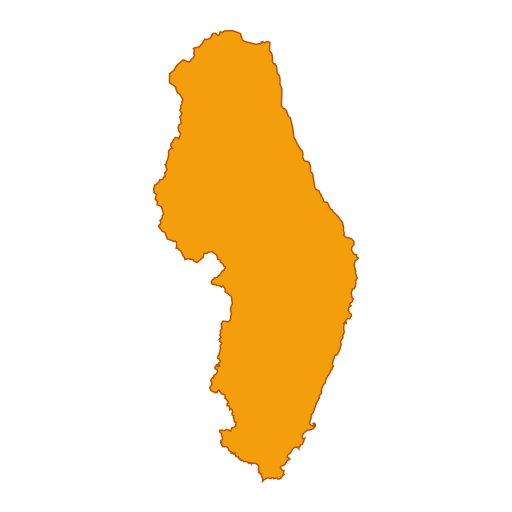 the district of Antalaha, Sava, Madagascar
{"feature_id": "10022922B15279482214677", "entity_name": "Antalaha", "entity_type": "district", "adm_level": 2, "iso_a3": "MDG", "parent_name": "Madagascar", "parent_adm1": "Sava", "projection": "orthographic", "projection_center": [50.057, -15.259], "detail": "fine", "context": "isolated", "style": "filled", "palette": "amber", "viewbox_px": 512, "rotation_deg": 0, "n_neighbors": 0, "source": "geoboundaries", "source_scale": "gbopen_adm2", "svg_char_len": 6069}
<svg xmlns="http://www.w3.org/2000/svg" viewBox="0 0 512 512"><path d="M219.4,430.8L219.9,432.1L221.5,433.6L221.4,435.3L222.2,436.5L222.5,439.4L220.9,440.6L221.5,442.4L220.8,442.0L220.6,442.7L222.9,446.7L226.4,446.6L227.9,447.9L229.0,450.6L231.0,451.9L231.0,452.9L231.7,453.3L232.3,452.9L232.4,453.5L233.6,454.0L234.2,452.9L234.9,453.0L236.1,456.7L238.3,456.6L238.9,458.7L239.5,459.3L240.4,459.1L240.7,460.2L241.7,460.6L242.8,460.2L244.0,461.7L246.5,461.5L247.6,462.1L248.6,463.4L249.7,462.5L250.4,463.4L251.0,463.0L251.5,464.0L251.8,463.3L253.7,463.2L255.9,463.6L258.1,464.8L258.6,466.5L258.4,469.6L259.0,471.1L258.6,472.6L260.9,473.4L260.6,474.4L261.7,475.4L261.9,477.3L262.9,478.5L262.6,481.3L264.2,479.7L267.8,477.8L271.1,478.7L271.8,477.7L273.1,477.9L273.8,478.7L276.0,477.9L277.2,478.2L278.0,479.1L280.6,478.6L283.0,475.1L284.2,474.6L283.5,473.3L284.0,470.5L282.2,470.4L280.3,467.7L281.3,466.1L284.8,464.8L287.2,460.6L289.8,459.3L289.1,458.0L287.3,457.0L287.5,455.2L290.6,452.6L293.0,448.7L295.2,447.1L297.3,447.3L298.8,448.9L298.7,447.3L299.8,446.8L300.6,445.2L302.5,444.1L304.8,438.1L303.2,438.8L302.2,437.7L302.2,436.0L303.4,433.4L307.4,430.0L309.3,430.1L313.6,428.5L315.3,426.1L315.5,424.9L314.6,423.3L313.1,423.4L314.4,425.6L313.9,426.4L310.5,424.9L309.9,424.1L309.6,422.9L311.0,418.4L311.1,415.1L313.4,412.2L316.6,402.7L319.0,398.6L319.6,395.2L321.4,393.4L321.4,389.2L322.9,385.8L323.8,384.1L325.0,383.3L326.4,378.2L330.2,372.4L330.7,370.6L332.2,369.1L332.0,367.6L333.5,366.4L332.4,364.0L333.2,360.1L334.6,357.3L334.4,356.3L335.1,355.0L336.4,355.2L337.7,353.9L339.9,349.1L341.2,344.2L340.4,341.3L342.9,337.5L342.9,335.4L344.4,331.7L343.7,329.7L343.9,325.1L344.4,323.8L343.8,323.4L344.5,323.1L344.7,322.2L346.3,323.3L345.9,320.9L346.4,319.6L347.5,318.7L349.6,318.6L351.5,316.1L351.3,314.3L349.8,313.0L348.2,310.2L348.9,309.2L348.4,308.8L349.0,307.3L351.1,305.9L349.8,304.7L349.9,303.6L352.2,301.6L353.3,299.0L352.0,297.3L351.2,292.9L351.6,291.2L352.3,290.6L352.1,289.1L353.9,288.8L355.3,286.9L355.8,282.8L355.5,282.0L356.1,280.0L357.3,278.3L355.4,272.9L355.7,271.4L354.1,265.0L355.1,261.1L358.4,258.1L357.2,257.4L356.4,256.0L356.7,254.5L354.7,254.5L353.8,254.0L351.4,250.1L352.0,246.9L354.1,244.4L353.8,241.4L351.3,238.6L345.7,237.1L344.0,235.5L344.2,232.9L343.3,230.1L343.7,228.4L342.7,222.9L337.7,216.2L333.0,211.5L332.5,210.3L330.3,208.6L327.9,203.4L326.6,202.3L324.8,202.1L323.6,201.2L323.1,198.7L321.1,195.8L321.1,194.5L320.2,193.8L318.9,190.8L316.2,189.5L314.7,187.3L312.9,175.1L312.2,173.1L310.6,171.9L310.5,166.7L309.3,162.8L307.4,161.3L305.4,161.4L304.1,160.3L302.7,157.4L302.9,153.5L302.4,151.2L298.9,146.7L295.9,141.2L295.5,139.6L294.0,137.9L292.6,127.1L290.3,118.0L288.4,116.3L286.3,110.3L284.8,108.9L283.3,108.5L281.4,105.5L281.9,89.2L280.0,84.1L280.0,79.1L279.3,75.6L277.1,73.3L276.7,66.6L274.8,63.7L273.6,63.7L272.5,62.1L272.4,56.4L271.4,52.7L269.8,51.3L269.6,50.3L269.8,42.2L266.8,41.5L264.6,42.9L263.0,41.7L261.0,42.3L261.5,43.3L260.4,44.2L259.5,43.7L256.0,44.3L244.7,41.5L242.9,40.4L241.8,38.4L240.5,33.5L232.6,30.7L224.7,30.9L222.1,32.5L220.1,31.7L219.1,35.2L217.2,35.2L215.8,33.4L213.7,33.3L212.1,34.2L211.4,36.6L210.3,38.0L207.2,39.4L204.8,39.2L202.4,43.4L199.8,46.2L197.7,47.4L194.9,47.7L193.4,48.6L194.4,50.4L193.7,53.3L194.5,55.7L193.2,58.0L191.5,59.1L189.6,61.7L189.2,62.0L187.3,61.6L183.2,59.8L176.8,65.3L174.0,70.3L169.6,73.9L169.4,81.5L169.8,82.9L175.3,86.7L176.8,91.4L177.8,92.9L179.6,94.1L182.9,99.5L181.8,102.2L182.2,103.2L180.8,105.9L180.8,108.3L179.9,110.3L181.8,113.1L181.2,115.4L179.8,116.7L181.1,122.6L180.6,124.1L179.2,124.7L178.0,127.5L178.9,131.1L180.5,133.3L180.1,135.7L178.7,138.8L178.4,138.2L176.5,137.5L175.2,137.7L172.8,140.9L172.7,142.1L171.3,143.0L170.5,145.0L172.3,148.2L170.0,149.1L168.9,150.4L168.4,151.9L168.7,154.6L167.8,159.0L166.3,162.5L166.5,163.8L164.9,164.6L166.2,166.1L165.9,167.3L167.1,169.0L165.9,171.8L164.6,172.7L165.2,176.5L163.7,177.2L163.0,178.9L161.5,179.6L159.8,179.6L159.2,181.5L156.3,184.4L154.8,184.9L153.6,189.3L154.2,192.7L156.5,194.4L155.2,199.0L157.5,201.7L157.0,204.7L161.3,206.5L163.4,213.3L163.3,214.5L162.2,215.8L162.2,218.3L160.0,220.3L160.7,222.2L160.2,224.6L159.1,224.9L158.7,226.3L162.0,231.1L163.9,231.8L165.2,233.0L167.5,239.2L169.0,239.3L170.2,240.2L171.2,240.1L173.4,241.4L175.3,241.0L176.4,242.1L176.7,245.5L176.1,248.2L177.9,248.4L178.7,249.6L181.1,251.2L183.2,256.1L184.5,257.6L184.8,259.5L187.8,258.8L193.0,259.6L193.5,260.8L197.1,262.6L203.3,257.0L204.0,253.3L207.1,253.3L209.3,251.9L212.1,251.7L216.7,255.0L217.9,259.3L220.0,259.8L220.5,262.3L222.3,263.2L224.0,266.4L225.1,266.7L225.5,267.9L224.3,268.9L223.8,270.5L222.3,271.0L219.7,275.1L218.2,275.9L217.4,277.2L214.4,277.7L214.0,278.9L212.1,280.1L211.4,281.8L211.6,283.7L214.2,284.8L215.3,284.3L216.6,285.5L219.3,285.6L221.5,286.9L222.9,286.2L223.6,286.5L225.3,289.1L225.0,291.8L226.3,292.8L227.7,293.2L231.4,296.7L232.4,303.7L230.7,307.5L230.5,310.7L231.5,313.7L230.6,316.5L230.5,319.9L227.9,321.9L223.1,321.0L221.1,324.2L221.9,325.8L221.3,326.7L222.0,328.4L220.3,330.7L220.7,332.5L219.8,335.4L221.2,337.1L219.1,339.4L219.8,340.2L219.7,341.1L221.7,343.0L220.0,346.5L220.7,349.1L219.9,350.4L220.1,351.5L219.2,353.0L219.4,354.4L217.8,356.4L217.5,357.4L217.7,358.5L219.0,359.0L220.3,360.9L220.1,362.3L218.5,363.3L218.6,364.0L218.0,364.3L219.2,365.3L219.6,366.3L217.8,366.2L216.4,364.9L215.9,366.2L214.9,366.9L214.7,368.1L217.4,370.2L217.6,371.3L216.4,373.8L213.9,375.4L213.8,377.5L212.3,377.9L210.8,380.1L210.8,381.1L211.8,382.4L211.5,383.2L212.0,384.6L209.7,387.4L210.6,390.2L213.5,392.0L214.4,391.8L215.0,392.7L216.2,392.3L217.0,392.7L217.6,391.2L218.8,390.0L221.6,393.9L225.1,394.9L225.0,398.2L225.9,398.4L226.3,399.4L228.2,401.4L228.0,403.0L227.1,404.0L227.0,405.8L228.5,405.7L229.5,406.7L229.7,409.8L230.9,408.6L232.1,409.8L232.7,412.1L231.9,413.4L232.2,415.1L233.8,415.9L233.3,417.7L234.1,418.9L234.2,421.3L234.5,421.9L235.7,421.9L236.0,423.2L235.8,425.8L233.9,427.4L231.9,427.6L230.5,431.2L228.1,429.8L226.4,429.5L224.6,430.7L220.8,430.0L219.4,430.8Z" fill="#f59e0b" stroke="#b45309" stroke-width="1.5"/></svg>